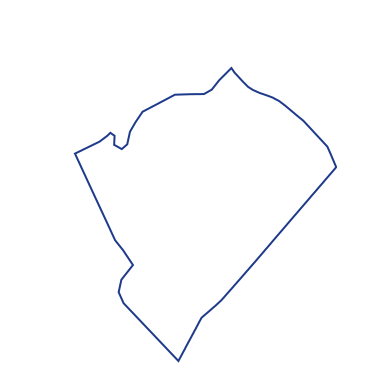 outline of Adila, Eastern Darfur, Sudan, rotated 45°
{"feature_id": "16777658B87348298332109", "entity_name": "Adila", "entity_type": "district", "adm_level": 2, "iso_a3": "SDN", "parent_name": "Sudan", "parent_adm1": "Eastern Darfur", "projection": "mercator", "projection_center": [27.139, 11.428], "detail": "fine", "context": "isolated", "style": "outline", "palette": "blue", "viewbox_px": 384, "rotation_deg": 45, "n_neighbors": 0, "source": "geoboundaries", "source_scale": "gbopen_adm2", "svg_char_len": 1977}
<svg xmlns="http://www.w3.org/2000/svg" viewBox="0 0 384 384"><g transform="rotate(45 192 192)"><path d="M301.9,321.1L301.8,320.8L301.8,320.7L301.7,320.5L301.6,320.3L301.6,320.1L301.4,319.7L301.3,319.1L300.0,314.9L300.0,314.7L299.3,312.6L298.7,310.6L298.3,309.3L298.2,308.8L297.2,305.8L296.4,303.1L295.8,301.2L295.5,300.0L295.4,299.9L295.4,299.7L294.8,297.7L294.3,296.1L294.2,295.8L294.0,295.1L292.4,289.8L292.3,289.5L291.8,287.9L291.5,286.8L291.2,285.7L290.2,282.7L290.0,281.8L289.6,280.7L289.1,279.1L288.8,278.1L288.2,275.9L287.8,274.7L287.7,274.3L287.7,274.0L287.7,273.2L287.9,270.8L288.0,269.3L288.3,265.9L288.3,265.5L288.5,262.7L288.7,259.4L289.0,255.9L289.1,253.3L289.1,253.1L289.3,248.0L288.9,241.3L288.8,239.9L288.6,236.5L288.2,230.1L288.1,228.9L287.6,221.3L287.6,220.9L287.5,220.1L287.4,217.7L287.3,216.9L287.1,213.8L287.0,212.5L287.0,212.0L286.9,211.2L286.8,209.7L286.7,208.5L286.7,207.4L286.6,206.6L286.4,203.7L286.3,202.4L286.3,201.4L286.2,201.3L286.2,200.4L286.1,199.5L286.0,198.0L286.0,197.9L286.0,197.5L286.0,197.3L285.7,193.8L285.5,191.4L285.4,189.8L285.1,185.8L285.0,184.6L284.9,182.8L284.8,182.6L284.6,180.0L284.5,178.1L284.0,172.1L283.3,163.3L282.7,155.1L281.6,141.1L280.6,127.6L280.5,126.6L279.5,112.9L279.3,110.9L278.7,102.2L278.6,101.3L278.2,96.0L278.1,94.3L278.1,93.8L277.7,89.7L276.9,78.4L276.5,73.7L276.4,73.0L276.3,72.6L276.2,72.4L261.9,66.6L255.6,64.2L242.2,63.7L226.5,63.1L220.4,62.9L212.2,63.7L203.0,64.5L197.2,65.0L189.2,66.1L184.4,67.6L182.3,68.2L178.9,69.7L174.1,72.0L170.3,73.9L167.3,75.1L162.8,76.8L158.2,77.8L157.3,78.0L150.4,78.0L137.7,77.5L132.2,76.5L132.2,93.7L133.6,105.7L131.2,114.3L121.9,123.8L111.1,135.3L107.7,146.4L100.3,170.2L102.7,182.6L105.5,193.1L105.7,193.5L112.5,204.1L112.0,211.3L103.6,213.7L97.5,207.0L92.4,207.9L92.4,211.8L91.0,221.8L82.1,247.6L124.8,263.3L156.9,275.0L161.2,276.6L171.8,280.5L184.4,281.9L201.9,285.4L204.1,304.0L211.0,314.7L222.2,319.0L301.9,321.1Z" fill="none" stroke="#1e3a8a" stroke-width="2"/></g></svg>